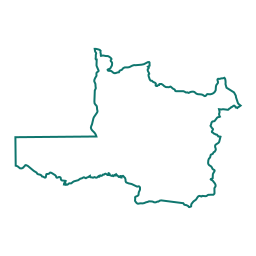 North-Western, Albers equal-area conic projection
{"feature_id": "ZMB-521", "entity_name": "North-Western", "entity_type": "Province", "adm_level": 1, "iso_a3": "ZMB", "parent_name": "Zambia", "parent_adm1": "", "projection": "albers", "projection_center": [25.141, -12.794], "detail": "fine", "context": "isolated", "style": "outline", "palette": "teal", "viewbox_px": 256, "rotation_deg": 0, "n_neighbors": 0, "source": "natural_earth", "source_scale": "10m", "svg_char_len": 5781}
<svg xmlns="http://www.w3.org/2000/svg" viewBox="0 0 256 256"><path d="M15.7,165.7L15.4,137.2L96.4,136.5L95.9,135.0L95.2,133.7L94.3,132.5L92.1,130.3L91.3,129.1L90.9,127.8L91.2,126.2L92.0,124.3L93.4,118.4L93.9,117.2L97.1,112.5L97.4,111.8L97.5,111.1L97.1,109.3L96.9,106.8L96.5,105.7L95.5,104.7L94.6,103.4L94.4,101.5L94.8,90.5L95.7,88.5L95.8,88.0L95.6,87.0L95.4,83.9L94.3,81.4L94.3,80.3L94.5,79.5L95.2,77.9L96.3,76.1L96.5,75.7L96.4,74.0L96.5,73.0L96.9,72.4L98.2,71.4L98.6,70.9L98.5,70.4L96.8,66.4L96.5,65.3L96.7,59.5L95.9,59.4L95.6,58.8L95.8,57.2L95.8,54.9L96.2,53.4L96.0,52.8L95.2,51.6L95.0,50.9L94.7,48.9L96.0,48.9L97.9,49.3L99.7,49.9L100.6,50.8L100.4,52.2L100.8,54.0L100.8,55.4L101.0,55.9L102.7,55.5L103.3,55.5L105.6,56.0L107.9,56.1L108.8,56.5L110.0,57.3L111.0,58.2L111.5,59.0L111.3,59.5L110.7,60.3L110.7,60.8L110.9,61.3L111.9,62.3L112.1,63.0L112.1,63.9L111.9,65.5L110.3,68.3L109.8,68.8L108.1,69.3L107.6,69.8L107.9,70.5L108.6,70.8L111.0,70.9L111.9,71.5L113.3,72.7L114.1,73.1L115.0,73.2L115.9,73.0L117.6,72.4L118.9,72.3L119.1,72.0L119.4,71.1L120.0,70.5L121.7,69.9L123.3,68.1L124.8,67.4L127.9,67.4L129.4,67.1L132.4,65.6L134.1,65.1L135.7,65.2L141.5,64.7L143.9,64.2L147.7,62.2L149.0,62.0L149.5,62.5L149.6,65.7L147.9,66.7L148.8,67.7L148.5,68.5L147.7,69.3L147.7,70.3L148.0,71.2L149.2,73.5L149.2,73.9L148.6,74.5L148.5,74.9L148.6,76.0L149.7,79.4L150.4,80.4L150.6,80.6L152.0,80.8L152.8,81.7L155.1,82.8L155.8,83.5L155.9,84.1L155.6,85.1L155.8,85.7L156.4,86.0L157.2,86.0L158.1,85.2L159.1,85.0L159.3,84.2L159.7,84.0L161.5,84.0L162.9,84.9L164.2,86.1L165.7,87.0L166.4,87.1L168.8,87.2L169.2,87.1L170.3,86.6L170.7,86.7L173.3,88.9L174.1,89.2L174.7,89.6L175.3,90.9L176.0,91.2L183.4,91.2L184.4,91.6L186.0,92.5L187.4,92.4L188.3,92.8L188.7,92.9L190.4,92.0L191.9,91.7L193.4,91.7L194.4,92.0L196.4,93.7L197.9,94.2L201.1,94.4L202.6,94.8L204.1,95.8L204.8,96.1L205.6,95.9L206.2,95.3L206.7,94.6L207.3,94.1L210.2,94.3L211.9,93.9L213.5,93.1L214.9,91.7L215.7,90.1L215.9,86.7L216.3,85.1L217.9,83.0L218.0,81.9L217.5,80.2L217.5,79.4L218.1,78.8L219.7,78.9L221.2,78.4L223.0,78.3L224.4,77.8L225.1,78.8L225.5,80.7L225.6,82.7L225.5,84.1L226.5,87.7L234.0,92.4L235.8,95.7L236.0,97.3L237.9,103.0L238.5,103.9L240.6,105.6L238.8,106.9L238.0,107.2L237.4,108.0L236.8,107.7L235.7,107.5L235.6,107.2L235.6,106.7L234.1,105.6L233.5,105.8L232.1,106.9L231.3,107.1L230.5,108.0L229.2,108.7L228.5,109.5L228.0,109.8L223.0,109.2L221.3,109.5L219.0,109.2L219.5,111.4L219.5,112.7L219.1,113.6L219.1,114.5L219.5,116.0L219.9,116.7L219.5,116.9L217.9,117.2L217.2,117.6L214.7,120.9L213.9,121.3L212.8,121.4L212.2,121.7L211.5,122.7L211.0,124.8L210.5,125.8L210.7,126.2L211.3,126.9L211.5,127.5L212.8,128.8L213.0,129.2L212.8,129.8L211.9,131.5L211.9,131.9L212.0,132.2L213.2,132.9L213.9,133.6L215.0,134.0L215.7,134.5L216.8,134.6L217.1,134.8L217.5,135.5L218.0,135.8L218.2,136.4L218.5,136.5L219.8,136.5L220.5,136.7L219.3,141.4L219.1,142.0L218.4,142.9L215.9,144.5L215.2,145.3L215.1,146.7L215.2,147.3L215.6,148.2L215.8,149.4L215.5,150.4L214.7,151.7L213.7,152.2L213.5,152.4L212.8,153.8L210.9,154.7L210.6,155.2L210.1,157.5L208.9,158.7L208.3,160.4L208.1,163.1L208.5,164.4L209.2,165.2L211.2,166.5L211.9,167.5L212.3,168.5L212.7,169.1L214.4,170.1L214.6,170.4L214.5,171.2L213.3,173.2L212.9,174.1L212.8,175.2L212.7,178.2L212.1,178.6L210.9,179.0L210.7,179.3L210.9,179.6L212.5,180.5L212.9,180.9L214.9,183.5L215.5,184.8L215.6,185.7L215.5,186.4L214.4,188.2L214.5,193.2L214.3,193.8L213.4,194.7L208.5,194.8L207.9,195.0L206.5,196.0L205.7,196.2L202.4,195.9L202.0,196.0L201.7,196.4L201.5,196.5L201.0,196.4L199.8,195.9L199.2,196.0L198.5,196.2L197.7,197.0L196.0,199.6L193.4,201.5L191.8,203.5L191.3,204.3L191.1,206.4L189.7,207.0L189.3,207.1L188.9,207.0L188.1,206.0L186.3,205.1L185.3,205.0L184.2,204.6L183.3,203.2L161.3,200.4L159.9,200.6L158.4,201.6L157.4,201.6L155.8,202.3L154.1,202.3L153.4,201.9L152.2,201.5L149.1,201.3L147.7,201.9L146.0,202.3L144.1,203.1L142.6,203.4L140.3,203.3L138.4,203.7L137.5,203.6L136.6,203.0L135.2,201.2L135.0,200.3L135.2,199.0L135.1,197.4L135.4,196.8L137.7,195.8L138.5,194.9L138.7,192.9L138.9,192.0L139.7,190.4L140.0,189.5L140.0,187.7L139.8,187.1L139.1,186.4L138.8,186.3L137.2,186.6L136.8,186.5L131.6,184.0L128.7,183.4L126.4,182.5L126.1,182.3L125.6,181.2L125.5,179.5L125.1,178.1L123.1,175.9L122.8,175.9L121.9,176.3L121.7,176.7L121.6,177.5L121.2,177.5L121.1,177.4L121.2,176.1L120.3,176.0L120.2,176.1L120.2,176.8L120.0,177.1L119.2,176.8L118.7,176.9L118.1,176.1L117.3,175.6L116.1,174.2L115.5,174.7L115.1,174.8L115.4,175.5L113.9,175.6L113.4,176.1L113.2,176.1L112.7,175.4L112.2,175.8L111.8,175.9L109.9,175.2L109.7,175.0L109.7,174.3L109.4,173.7L109.0,173.3L108.6,173.2L108.5,173.5L108.2,174.0L108.6,174.7L108.5,175.0L107.5,175.0L105.8,173.8L105.4,173.7L104.3,174.2L103.9,174.7L102.8,174.7L102.3,175.4L101.6,175.8L101.0,175.8L100.5,175.4L100.1,175.4L99.8,175.7L99.4,176.7L99.1,176.8L98.5,176.2L97.2,177.4L96.2,177.7L95.8,177.6L94.5,177.1L93.0,177.7L91.5,177.3L90.8,177.3L90.2,177.1L89.9,176.7L89.9,175.9L89.5,176.1L88.5,177.0L87.2,177.4L85.9,178.2L85.2,178.0L84.6,177.5L83.9,177.3L83.3,177.5L81.9,178.3L80.3,178.7L78.2,180.2L74.1,181.3L73.0,181.9L71.3,183.3L70.8,183.4L69.6,183.3L68.9,183.5L67.9,184.4L67.2,184.7L65.6,184.8L65.8,184.1L65.6,183.6L64.0,184.2L64.1,183.4L65.7,181.0L65.3,180.8L62.2,180.5L61.6,180.3L61.3,180.0L60.9,179.3L60.6,177.6L59.9,177.1L59.0,177.0L57.8,177.5L57.1,177.7L56.6,177.6L56.3,177.2L56.0,176.2L55.2,175.2L51.7,173.0L50.7,172.6L50.1,172.6L48.8,173.8L46.5,174.1L46.3,174.4L45.8,177.1L45.5,177.5L45.0,177.6L44.5,177.5L43.4,176.8L41.9,176.4L41.4,175.4L41.0,175.1L40.3,174.9L40.0,174.6L38.2,174.3L37.2,173.7L36.6,172.6L33.8,170.9L27.9,166.0L26.5,165.3L25.8,165.1L25.4,165.2L25.1,165.4L24.5,166.3L23.7,166.9L23.3,167.6L22.0,168.3L21.3,168.4L20.0,168.3L17.7,166.4L16.5,165.9L15.7,165.7Z" fill="none" stroke="#0f766e" stroke-width="2"/></svg>